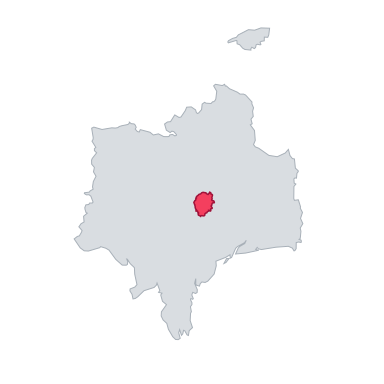 France, with Creuse highlighted, rotated 251°
{"feature_id": "FRA-5284", "entity_name": "Creuse", "entity_type": "Metropolitan department", "adm_level": 1, "iso_a3": "FRA", "parent_name": "France", "parent_adm1": "", "projection": "albers", "projection_center": [2.052, 46.063], "detail": "fine", "context": "in_parent", "style": "filled", "palette": "rose", "viewbox_px": 384, "rotation_deg": 251, "n_neighbors": 0, "source": "natural_earth", "source_scale": "10m", "svg_char_len": 5768}
<svg xmlns="http://www.w3.org/2000/svg" viewBox="0 0 384 384"><g transform="rotate(251 192 192)"><path d="M278.4,155.5L276.4,156.8L275.2,159.4L273.8,160.1L271.3,160.3L270.0,158.8L267.0,160.0L265.9,161.6L267.8,163.4L262.2,171.7L258.5,174.0L257.9,179.2L253.6,183.3L252.1,187.5L252.0,188.3L253.2,189.6L252.8,192.3L250.6,194.1L250.7,195.8L251.3,196.0L254.9,194.5L256.1,192.8L255.3,190.7L258.8,187.9L265.2,188.2L266.2,191.6L265.5,194.6L270.5,200.8L266.7,204.0L266.5,206.0L271.1,212.1L273.9,214.6L272.7,219.0L268.5,222.1L265.6,222.0L264.4,222.8L264.6,224.1L266.8,227.9L271.8,230.2L272.7,233.1L271.4,234.2L269.5,238.8L270.6,240.9L270.3,241.9L270.9,243.4L272.2,244.8L279.2,248.2L285.3,247.0L286.2,249.2L282.8,255.3L283.2,257.9L281.3,258.0L281.1,259.0L277.4,261.1L271.6,267.4L268.9,269.3L267.9,272.4L266.3,274.2L257.6,278.0L255.9,277.3L251.5,277.6L248.7,275.6L243.5,274.5L241.7,271.5L236.9,271.1L236.5,269.0L229.8,271.1L220.2,268.6L216.8,265.6L214.1,266.5L211.7,269.3L201.6,276.6L197.6,284.1L198.5,292.8L200.9,297.0L194.6,296.5L190.9,297.8L189.9,299.6L180.9,297.5L177.6,299.3L176.7,299.1L175.5,297.3L171.1,295.3L171.8,293.8L171.2,292.6L167.1,291.5L165.7,292.8L164.1,290.2L152.7,286.1L150.8,286.1L150.0,290.0L142.6,289.8L141.5,289.1L136.7,289.8L131.7,286.0L126.0,286.5L122.7,282.6L119.4,282.2L114.7,280.1L112.6,279.0L112.4,277.9L110.9,279.5L109.1,279.1L108.8,278.6L110.0,276.5L110.3,274.1L104.5,272.0L103.1,270.2L103.1,269.3L106.3,268.6L109.3,265.4L112.5,253.3L115.0,238.9L116.6,236.3L118.4,235.6L117.0,233.5L115.2,236.1L116.8,222.9L119.2,213.0L123.8,217.3L124.9,219.1L126.1,225.1L128.7,227.6L127.0,225.2L125.6,217.2L124.6,215.0L117.2,208.1L117.0,206.6L120.3,207.5L119.2,202.5L118.8,192.1L114.3,190.9L107.2,186.2L102.6,178.0L102.2,175.0L103.7,172.0L102.6,169.9L100.6,168.4L102.4,165.9L103.8,165.6L108.9,167.4L104.8,164.7L97.9,165.2L95.3,164.1L94.9,162.3L96.9,160.0L94.7,158.3L90.8,158.5L90.3,157.8L91.6,156.2L90.6,155.5L87.4,155.9L85.6,155.3L84.1,153.2L79.0,152.4L77.9,151.2L71.0,148.4L63.6,148.3L61.8,144.2L57.5,141.9L58.5,140.8L63.1,140.0L64.0,139.0L60.9,137.1L59.9,135.4L65.9,135.5L63.3,133.6L57.5,133.2L56.9,130.9L57.9,128.5L61.4,126.7L69.9,125.0L76.0,125.4L80.5,123.0L84.8,122.5L88.7,124.1L93.8,131.2L98.3,128.5L104.8,128.9L106.1,130.7L108.0,127.7L109.3,129.5L117.3,129.3L115.5,128.0L114.1,125.1L114.3,114.5L110.6,106.6L109.8,103.7L110.1,101.4L114.8,102.0L118.7,101.1L120.5,101.9L120.7,106.9L122.3,109.8L133.0,111.1L139.2,112.9L144.5,110.2L149.5,109.0L149.9,108.4L147.0,108.6L144.5,107.3L144.2,106.0L145.6,102.2L153.1,98.0L164.1,94.6L166.9,92.2L170.1,87.8L169.4,86.7L169.9,74.8L171.5,70.9L175.6,68.1L186.0,65.3L187.3,69.1L187.2,71.2L190.0,74.5L191.4,75.5L195.9,73.7L198.1,76.7L198.8,80.2L204.4,81.6L206.1,86.1L207.1,85.1L210.5,85.2L212.2,85.6L214.4,87.5L213.8,90.3L214.9,91.6L214.0,94.1L214.7,95.2L221.0,95.0L222.9,93.8L223.7,91.2L225.6,89.7L226.3,90.1L225.3,94.9L226.2,96.0L226.8,99.4L229.2,99.6L234.0,102.1L238.2,106.4L243.1,105.4L247.0,107.7L251.0,106.2L254.8,107.4L256.2,108.6L260.1,114.6L262.8,113.2L264.7,113.8L265.5,115.6L272.6,114.0L274.1,115.7L275.6,116.3L285.0,117.9L285.3,120.3L280.4,127.3L278.8,137.0L277.4,140.4L277.0,142.9L277.6,144.5L277.5,147.2L276.7,153.4L277.5,155.2L278.4,155.5ZM324.0,280.4L323.8,284.3L325.5,287.0L327.1,298.2L324.6,303.9L324.7,310.6L321.6,318.7L315.5,315.7L313.6,314.0L314.9,310.8L311.4,309.5L311.9,306.5L311.5,305.1L309.1,305.2L308.9,304.4L310.4,302.0L310.3,300.6L307.9,299.1L307.3,297.6L309.4,295.7L308.2,294.2L307.0,293.9L309.5,288.5L311.4,286.8L315.8,285.0L317.4,282.9L320.5,283.7L320.9,283.1L321.2,274.9L322.2,274.7L323.2,275.7L324.0,280.4ZM117.8,203.0L117.0,205.3L114.3,201.2L114.0,198.9L117.8,203.0Z" fill="#d9dde1" stroke="#a8b0b8" stroke-width="1"/><path d="M175.5,209.8L175.0,209.8L174.6,209.4L174.8,208.7L174.9,207.7L174.5,207.2L173.3,206.5L173.0,206.3L172.9,206.2L172.7,205.8L172.6,205.6L172.0,205.5L170.7,205.9L170.2,205.9L169.9,205.6L169.8,205.3L169.9,204.5L169.9,204.2L169.7,203.9L168.2,203.7L168.0,203.0L168.0,202.9L168.5,202.7L168.8,202.4L169.2,201.8L168.7,201.7L168.5,201.1L168.4,200.3L168.2,199.8L167.6,199.4L167.5,199.1L167.5,198.7L167.6,198.4L167.6,198.1L167.5,197.7L167.1,197.1L166.8,196.9L166.0,196.6L165.6,196.0L165.6,195.3L166.6,193.2L166.7,192.6L166.2,192.2L166.8,191.8L168.0,190.6L168.3,190.5L168.5,190.6L168.9,190.7L169.4,190.6L169.6,190.7L169.7,190.9L169.7,191.0L169.9,191.4L170.2,191.4L170.4,191.4L170.6,191.2L171.0,190.9L171.9,191.0L172.2,191.0L172.3,190.9L172.4,190.7L172.5,190.4L172.4,190.2L172.5,189.8L172.6,189.6L172.8,189.5L173.0,189.6L173.5,190.2L173.7,190.4L173.9,190.4L174.1,190.3L174.5,190.0L174.6,189.9L174.8,189.9L176.5,190.0L177.1,190.2L177.2,190.3L178.3,190.3L178.9,190.5L179.6,190.4L179.9,190.3L181.7,190.4L182.3,191.3L182.9,191.8L183.0,192.1L183.0,192.4L183.2,192.8L183.3,193.0L183.5,193.1L183.8,193.2L184.4,193.3L184.5,193.5L184.7,193.9L184.8,194.1L184.9,194.3L185.0,194.3L185.2,194.1L185.3,194.1L185.6,194.1L185.8,194.4L186.6,195.6L186.7,195.9L186.8,196.4L186.9,196.7L187.0,196.9L187.4,197.6L187.5,198.0L187.4,199.2L187.4,199.4L187.5,199.8L187.6,200.0L187.9,200.5L188.1,200.9L188.1,201.2L188.1,201.4L188.1,201.6L188.1,201.8L188.1,202.0L188.1,202.4L188.0,202.6L187.7,202.9L187.6,203.1L187.5,203.3L187.4,203.6L187.2,204.0L187.0,204.4L186.8,204.5L186.7,204.7L186.4,205.0L186.2,205.2L185.8,205.1L185.7,205.2L185.5,205.3L185.3,205.6L185.1,205.7L184.7,206.0L184.4,206.4L184.5,206.6L184.9,207.2L185.0,207.3L185.1,207.5L185.1,207.9L185.2,208.0L185.3,208.2L185.5,208.2L185.8,208.3L186.1,208.6L185.6,209.2L185.1,209.5L183.8,209.4L183.7,209.4L183.4,210.0L183.1,210.2L182.9,210.3L182.6,210.4L182.4,210.4L180.3,209.0L178.9,208.8L178.7,208.6L178.4,208.2L178.2,208.1L177.8,208.1L177.4,208.3L177.1,208.6L176.8,209.1L176.6,209.6L175.5,209.8Z" fill="#f43f5e" stroke="#9f1239" stroke-width="1.5"/></g></svg>